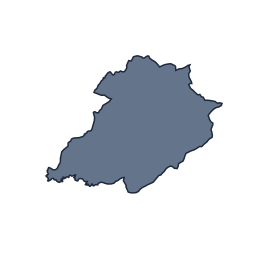 the district of Padang Terap, Kedah, Malaysia, rotated 64°
{"feature_id": "92858781B11501652719987", "entity_name": "Padang Terap", "entity_type": "district", "adm_level": 2, "iso_a3": "MYS", "parent_name": "Malaysia", "parent_adm1": "Kedah", "projection": "orthographic", "projection_center": [100.684, 6.234], "detail": "fine", "context": "isolated", "style": "filled", "palette": "slate", "viewbox_px": 256, "rotation_deg": 64, "n_neighbors": 0, "source": "geoboundaries", "source_scale": "gbopen_adm2", "svg_char_len": 4615}
<svg xmlns="http://www.w3.org/2000/svg" viewBox="0 0 256 256"><g transform="rotate(64 128 128)"><path d="M128.8,216.5L129.2,217.3L129.5,217.6L130.2,218.1L130.6,218.6L130.6,219.1L131.6,219.5L132.2,219.8L132.9,219.7L133.7,219.7L134.5,219.9L134.7,220.3L134.5,221.2L135.2,221.5L135.3,222.0L135.2,222.7L135.9,222.6L136.3,222.3L136.9,222.2L137.4,222.0L138.1,221.8L138.8,221.9L139.4,222.3L139.7,222.8L140.2,223.3L140.8,222.9L140.8,222.0L140.7,221.3L140.8,220.4L140.6,219.9L140.2,218.8L140.3,218.2L140.4,217.2L141.2,217.1L142.3,217.0L142.6,216.5L142.8,215.5L143.7,215.4L144.4,215.3L145.1,215.0L145.8,214.6L146.6,213.8L146.8,212.8L146.4,212.3L146.3,211.8L146.6,210.8L147.3,210.8L147.4,210.2L146.9,210.0L146.2,209.9L145.4,209.8L145.2,209.9L145.2,210.4L144.8,210.5L144.7,209.6L145.3,208.5L145.6,207.9L145.4,207.7L144.4,208.2L143.8,208.0L144.2,207.1L144.8,206.8L145.6,206.3L145.7,206.0L145.2,205.4L144.9,204.5L145.3,203.9L145.9,203.5L146.3,203.3L146.3,202.7L145.6,202.1L145.2,201.8L144.9,201.3L145.1,200.8L145.4,200.3L146.0,200.0L146.6,199.7L146.8,199.1L146.8,198.6L146.8,197.8L146.8,197.1L147.0,196.3L147.1,195.7L148.0,196.1L148.2,196.9L148.4,197.7L148.7,198.4L149.5,198.2L150.1,197.5L150.8,198.0L151.3,198.4L151.7,198.1L152.3,197.8L153.0,197.3L153.4,196.5L153.4,195.9L153.0,195.7L152.5,195.1L152.3,194.1L152.3,193.4L152.7,192.8L153.2,192.4L153.3,191.6L154.0,191.2L154.7,191.0L155.4,190.9L156.2,190.8L156.6,190.6L157.1,190.3L157.5,189.8L157.8,189.3L158.0,188.6L158.2,188.1L158.8,189.0L159.1,189.8L159.7,190.4L160.2,191.1L160.7,190.7L160.9,190.2L161.4,189.9L161.2,189.6L160.6,189.2L160.7,188.6L161.4,188.5L162.0,188.5L162.7,188.3L163.4,188.1L163.8,187.6L163.4,187.0L163.3,186.5L163.5,186.1L163.4,185.7L162.8,185.3L162.5,184.9L163.3,184.6L164.5,184.7L164.9,184.3L164.9,183.3L164.6,182.7L164.9,181.5L165.9,180.1L164.8,179.2L164.8,176.5L165.6,174.9L166.8,173.7L168.2,172.3L169.6,170.5L171.0,167.3L171.4,164.7L170.6,162.5L170.8,160.3L170.2,157.5L170.2,155.1L170.8,153.1L173.4,155.3L175.2,155.1L178.8,154.9L180.2,155.7L183.0,155.7L185.6,155.9L187.2,154.3L188.4,152.1L189.6,149.3L189.6,146.5L188.4,144.0L187.8,141.2L187.8,138.0L187.6,135.4L187.8,129.2L184.2,121.2L184.6,119.0L183.6,117.0L183.0,114.6L181.4,111.8L180.8,109.5L180.8,106.7L182.2,104.9L184.4,104.1L186.0,101.7L184.6,99.9L182.2,98.1L181.8,92.9L179.8,90.7L177.8,88.9L176.2,86.9L176.2,81.3L176.6,78.2L176.4,75.0L176.0,71.8L177.0,70.0L175.8,66.4L175.0,63.0L173.6,60.2L173.2,56.4L171.6,55.4L168.8,54.6L165.6,54.0L163.4,51.6L162.6,50.6L160.8,49.6L159.2,50.6L156.6,51.0L151.9,50.4L150.9,48.7L149.9,46.5L148.9,43.9L148.5,42.1L148.3,39.7L148.9,37.1L148.7,34.3L147.1,32.7L145.3,34.9L145.3,36.5L142.1,38.3L140.7,40.3L139.3,42.1L137.5,45.1L136.9,46.7L133.3,46.9L132.1,48.3L129.3,48.7L128.9,50.6L125.9,52.0L122.2,53.2L120.0,54.4L115.6,54.4L115.2,52.6L116.0,51.2L114.6,50.8L108.8,50.8L106.0,49.8L105.0,48.3L104.0,46.9L102.6,46.9L99.6,46.3L98.4,44.7L98.0,46.9L98.4,48.8L98.4,51.4L98.2,53.8L97.2,56.2L97.2,57.8L97.2,59.8L93.8,58.4L92.4,58.6L90.3,60.4L89.5,60.8L88.7,62.0L88.0,64.1L87.2,67.0L87.0,69.3L87.0,71.8L87.0,72.8L84.6,73.3L81.4,74.2L79.2,75.3L77.8,76.4L76.1,77.2L74.5,78.1L72.6,77.8L71.8,78.7L71.8,80.3L72.2,82.4L71.8,83.9L70.5,84.3L70.1,84.6L67.3,87.7L66.6,90.3L66.4,92.0L67.8,93.7L69.2,95.9L67.7,97.8L71.2,101.9L73.1,102.5L74.2,103.7L75.1,105.3L75.7,106.3L75.4,107.9L73.4,109.9L73.8,111.6L73.6,112.5L72.4,113.9L72.3,114.8L73.6,116.6L74.0,117.6L73.4,118.5L70.8,119.1L69.7,119.4L69.5,121.1L69.6,121.8L70.1,122.8L70.3,123.5L70.8,124.1L71.1,124.6L71.3,125.6L72.1,126.2L72.5,126.5L72.9,127.2L72.8,127.6L72.1,128.0L72.7,128.7L73.3,129.2L73.6,129.7L73.8,130.4L73.9,131.1L74.3,131.8L74.8,132.5L75.9,134.3L76.2,135.1L76.3,135.7L76.7,136.2L77.4,137.1L78.3,137.9L78.9,138.7L79.1,139.4L79.1,140.0L79.2,140.7L79.5,141.1L80.2,142.1L81.1,143.0L87.0,137.5L87.7,135.8L88.0,134.9L88.4,134.5L89.3,134.2L90.1,133.7L90.6,133.3L91.4,133.2L93.3,131.7L94.5,130.2L96.0,133.4L96.5,137.7L96.7,140.6L97.9,142.0L99.1,143.4L99.5,144.1L99.7,145.5L100.6,146.9L101.3,148.0L100.6,149.4L100.0,149.9L99.0,150.5L98.6,151.4L99.0,152.4L101.0,152.8L103.2,153.2L104.6,153.8L106.6,155.0L113.0,160.7L114.2,162.3L113.9,163.7L113.4,165.1L113.4,166.2L114.3,167.2L114.4,169.8L114.7,169.7L115.3,170.3L115.9,172.2L115.5,174.6L115.3,176.0L114.9,177.1L114.4,178.3L114.0,179.4L113.5,180.5L113.1,182.1L113.2,183.8L114.1,184.5L114.6,185.3L114.8,186.9L114.9,187.9L115.4,188.5L116.5,189.1L117.9,189.7L118.5,191.8L119.2,195.0L120.4,198.0L125.9,202.2L127.7,203.0L129.5,204.2L130.7,206.2L131.9,207.6L133.3,209.4L133.7,211.2L132.9,213.6L131.3,214.4L129.7,215.6L128.8,216.5Z" fill="#64748b" stroke="#1e293b" stroke-width="1.5"/></g></svg>